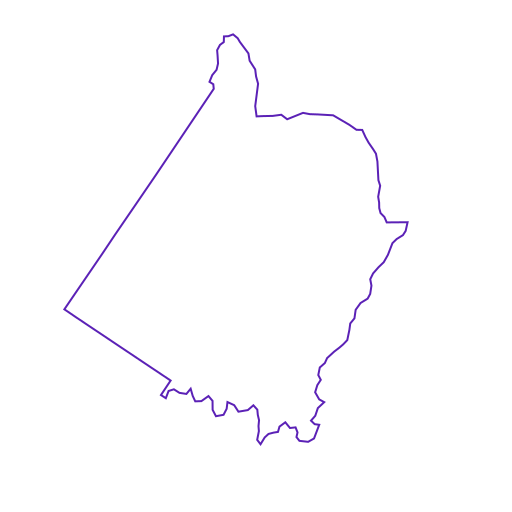 Medianeira, Paraná, Brazil, rotated 215°
{"feature_id": "56859067B12275728934529", "entity_name": "Medianeira", "entity_type": "district", "adm_level": 2, "iso_a3": "BRA", "parent_name": "Brazil", "parent_adm1": "Paraná", "projection": "robinson", "projection_center": [-54.121, -25.266], "detail": "fine", "context": "isolated", "style": "outline", "palette": "violet", "viewbox_px": 512, "rotation_deg": 215, "n_neighbors": 0, "source": "geoboundaries", "source_scale": "gbopen_adm2", "svg_char_len": 1746}
<svg xmlns="http://www.w3.org/2000/svg" viewBox="0 0 512 512"><g transform="rotate(215 256 256)"><path d="M116.3,175.4L122.0,174.8L129.4,178.3L131.7,185.4L131.9,191.7L136.7,194.2L139.8,201.3L138.2,207.8L139.2,213.2L137.1,222.6L135.1,228.9L133.9,233.6L133.0,239.5L137.1,249.0L140.1,254.8L139.6,261.4L143.5,269.1L143.4,277.5L140.1,285.1L140.7,290.4L144.4,297.9L149.1,302.5L150.1,308.9L149.2,317.1L147.8,324.2L148.6,332.6L151.6,344.8L150.5,350.6L147.6,357.4L147.8,362.4L151.2,370.6L168.2,358.5L173.2,361.6L178.6,362.6L182.5,365.9L185.8,370.4L189.9,374.6L194.6,384.8L199.2,388.3L210.7,403.0L216.4,408.6L221.4,410.7L228.7,413.4L234.5,416.2L241.3,420.2L246.1,417.0L254.7,417.0L273.5,415.5L286.6,407.4L293.2,403.1L299.6,400.2L308.9,385.9L316.3,386.2L322.6,380.4L330.8,374.4L335.6,370.7L342.6,378.3L353.1,398.3L358.9,403.1L363.7,408.4L373.2,412.3L378.4,417.6L392.0,422.1L395.9,423.9L401.9,424.4L404.7,420.2L408.2,417.5L405.1,412.8L406.6,408.3L405.9,402.3L402.4,398.1L397.5,391.9L395.1,385.9L395.6,379.1L394.0,372.0L389.5,372.2L386.5,368.7L384.5,265.6L384.1,231.1L383.7,193.0L383.2,169.1L382.7,125.8L382.4,102.4L367.4,102.6L254.5,105.0L254.1,87.6L248.3,87.8L250.2,95.3L246.8,99.7L240.2,100.0L233.9,103.1L233.4,109.8L227.6,105.1L222.4,102.1L217.5,105.8L214.6,114.0L208.5,112.4L203.3,105.1L196.9,101.8L191.5,107.3L192.4,114.0L195.6,120.0L188.3,121.3L181.1,118.4L174.3,125.1L172.5,132.2L166.8,130.9L163.4,126.9L159.3,123.2L156.4,118.1L153.2,114.2L149.6,106.1L144.3,104.4L144.8,112.4L143.7,117.4L140.3,121.4L137.1,124.5L138.9,129.7L136.6,136.6L129.5,134.6L125.3,138.3L120.8,135.3L119.0,130.9L114.4,129.5L106.7,133.7L103.8,139.8L107.4,154.0L111.5,151.9L116.5,152.7L115.8,159.1L118.1,166.9L116.3,175.4Z" fill="none" stroke="#5b21b6" stroke-width="2"/></g></svg>